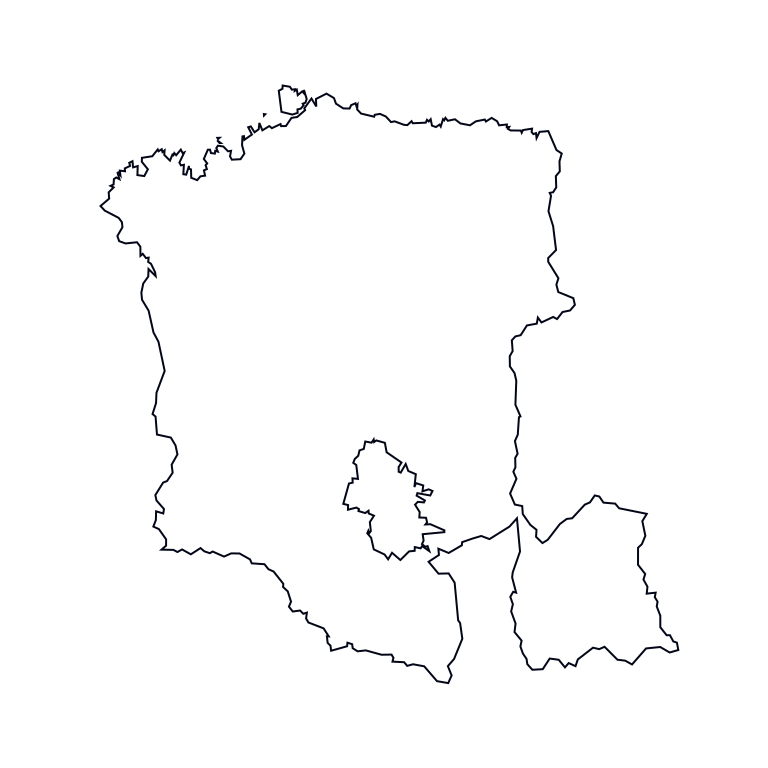 outline of Malang, Jawa Timur, Indonesia, rotated 173°
{"feature_id": "22746128B8866265958554", "entity_name": "Malang", "entity_type": "district", "adm_level": 2, "iso_a3": "IDN", "parent_name": "Indonesia", "parent_adm1": "Jawa Timur", "projection": "robinson", "projection_center": [112.621, -8.113], "detail": "fine", "context": "isolated", "style": "outline", "palette": "ink", "viewbox_px": 768, "rotation_deg": 173, "n_neighbors": 0, "source": "geoboundaries", "source_scale": "gbopen_adm2", "svg_char_len": 6142}
<svg xmlns="http://www.w3.org/2000/svg" viewBox="0 0 768 768"><g transform="rotate(173 384 384)"><path d="M179.5,591.1L184.3,595.2L190.1,615.0L198.9,615.3L202.6,609.5L202.6,614.5L205.3,613.8L206.8,616.1L205.9,619.4L215.1,619.1L216.7,616.6L217.3,618.9L227.3,620.2L229.9,622.1L228.4,623.9L230.9,623.9L230.4,626.6L238.2,626.7L239.7,631.0L244.7,635.0L250.9,632.1L251.7,634.2L260.8,633.5L267.1,630.3L276.4,633.3L281.3,638.1L288.6,637.5L290.6,640.7L292.1,638.4L293.1,639.7L296.3,632.6L297.2,634.7L301.1,632.7L304.9,634.6L305.4,641.1L307.6,639.1L309.1,641.0L310.7,638.3L323.7,639.3L324.6,641.5L329.3,638.1L332.8,638.9L341.4,643.4L345.1,643.1L349.6,649.3L355.1,652.6L360.4,652.3L361.2,650.5L373.8,655.2L377.2,659.8L376.3,664.5L377.5,663.2L378.0,666.1L382.6,664.8L384.6,661.6L390.8,662.5L397.5,668.1L398.8,673.9L405.7,679.2L416.8,675.2L417.4,667.7L421.2,676.2L429.5,667.3L428.9,665.4L437.6,659.6L443.4,659.4L449.9,652.0L454.7,652.5L455.0,654.6L464.1,651.6L466.4,654.0L473.8,650.6L475.9,658.3L477.3,652.1L481.8,649.6L484.8,655.9L487.5,655.4L484.7,647.7L492.8,643.4L492.8,647.1L494.3,647.0L495.8,638.2L494.5,629.7L499.0,624.6L507.7,625.2L509.1,628.7L507.4,634.1L510.5,634.0L514.5,639.3L519.8,640.8L521.7,638.6L520.6,634.9L523.1,636.0L523.8,633.3L527.6,634.3L528.1,637.8L530.3,638.0L535.4,629.3L532.6,624.5L534.4,622.9L533.6,618.9L536.7,618.0L536.2,612.6L540.9,612.5L544.6,609.1L550.2,612.2L549.4,620.5L551.4,621.5L551.0,624.2L554.8,615.9L557.6,616.7L555.9,626.0L558.9,625.7L560.1,628.7L554.0,638.2L555.7,637.7L557.1,641.4L562.4,636.4L564.0,638.8L565.7,635.8L565.5,638.4L569.2,631.8L574.2,638.2L573.3,642.6L575.6,641.2L576.0,644.1L579.4,642.5L580.0,644.4L586.2,638.3L596.7,638.0L597.3,634.1L592.2,625.9L596.6,619.6L603.3,621.4L601.9,630.3L606.6,629.6L606.5,635.8L609.9,634.6L609.4,631.4L615.0,629.6L615.1,626.7L620.2,628.0L620.2,623.3L622.0,626.4L622.7,626.1L621.6,619.5L624.6,621.6L627.1,620.3L628.1,615.0L631.3,614.0L628.4,612.1L633.9,607.8L634.2,601.5L643.7,595.2L640.0,590.1L627.1,581.2L624.4,576.5L624.5,571.5L630.6,563.4L629.5,558.1L623.4,555.0L611.9,554.8L609.1,550.0L610.1,540.9L607.6,542.6L604.9,538.0L602.2,538.1L603.2,533.9L600.6,531.7L597.6,522.9L597.5,518.9L603.7,526.8L604.9,519.4L610.7,513.1L613.7,504.2L613.9,497.1L608.7,485.5L606.5,463.2L602.7,453.4L600.1,423.7L610.9,403.0L612.6,392.8L617.4,382.4L614.7,379.5L615.5,361.5L602.1,356.8L598.4,348.4L597.6,339.3L604.6,329.8L604.6,321.7L611.2,314.1L615.2,313.1L624.5,301.6L624.0,296.1L617.6,286.7L618.9,282.4L625.7,285.4L627.0,276.8L630.3,270.6L625.1,267.4L619.2,256.4L620.0,250.1L625.0,246.7L613.2,245.0L609.5,242.4L604.6,244.4L596.5,238.5L586.1,243.5L582.7,239.8L577.5,237.3L574.5,238.6L563.8,232.2L556.3,234.5L548.1,233.4L538.4,226.3L537.1,222.1L524.6,219.7L521.3,214.3L516.4,211.3L508.3,198.0L508.9,194.8L504.8,189.9L502.8,179.3L505.5,174.6L502.3,169.3L494.9,169.4L492.1,165.8L488.4,166.5L489.9,160.8L488.1,156.5L473.7,148.8L469.6,140.2L471.4,140.5L471.5,133.9L469.0,130.8L469.0,125.7L452.6,128.2L451.8,131.7L447.3,129.6L447.3,125.6L442.8,121.9L434.5,121.8L419.5,115.6L409.5,114.5L408.0,111.1L409.4,107.4L397.9,105.4L395.3,101.4L389.4,102.3L378.5,98.9L367.6,82.6L356.7,79.3L352.4,86.5L355.0,96.2L348.0,102.5L337.3,121.6L337.6,137.5L339.2,140.4L338.1,178.2L342.9,188.1L353.0,189.1L361.4,202.1L350.3,207.6L350.1,213.9L340.4,208.4L326.4,214.4L325.7,217.5L315.0,219.8L306.0,221.3L298.2,217.2L276.8,227.2L268.4,234.5L269.4,201.2L279.2,181.3L280.4,176.5L278.3,160.8L281.1,162.0L284.6,157.3L282.9,149.8L285.5,142.8L282.6,130.2L284.7,121.9L278.7,112.5L280.6,106.9L279.0,99.6L276.0,93.7L275.9,88.5L271.6,82.3L261.2,81.6L253.0,91.3L244.2,89.0L238.9,80.7L234.7,84.5L228.3,80.6L225.2,87.0L208.7,96.8L202.7,94.6L197.1,96.3L185.9,81.9L178.3,80.0L172.0,75.4L156.1,89.6L141.9,89.3L133.2,82.7L124.3,84.1L124.8,91.6L128.2,93.2L130.8,99.8L134.1,100.2L139.4,108.9L138.0,120.3L140.4,130.0L139.0,134.6L141.2,139.4L139.8,143.8L148.8,143.9L147.2,150.7L150.3,158.3L147.9,163.6L153.9,173.6L151.8,190.5L147.6,193.6L143.1,201.5L144.3,216.4L139.0,223.1L165.8,232.0L169.1,237.1L180.6,239.5L184.0,246.1L188.4,247.7L194.0,241.4L199.4,239.8L213.6,227.8L219.1,227.8L226.5,223.6L240.5,209.4L246.1,206.8L251.7,213.8L250.4,220.7L255.9,226.3L262.1,238.0L261.7,246.0L268.8,248.4L272.2,259.9L264.1,273.8L266.3,281.1L263.7,285.4L262.8,294.6L259.9,298.5L261.0,311.4L257.4,317.4L254.1,334.6L252.5,335.2L256.1,347.4L252.3,371.1L253.1,378.9L256.9,386.1L255.8,396.3L252.3,401.0L251.8,411.8L247.8,415.2L242.4,415.8L235.0,424.7L225.0,425.3L223.2,431.2L220.2,425.9L208.0,429.9L204.3,427.4L198.0,433.7L190.4,434.3L184.9,439.3L185.6,446.1L199.8,454.0L200.8,461.6L198.0,467.7L206.1,485.3L205.7,489.0L196.9,496.0L196.9,520.1L199.7,535.4L195.3,550.4L196.2,553.5L192.8,553.7L189.1,558.1L188.1,569.4L183.6,573.6L182.7,583.6L179.5,591.1ZM351.7,267.7L364.2,271.6L365.2,269.2L357.6,263.4L358.8,261.6L364.8,262.9L367.9,260.4L364.2,252.6L365.2,247.2L358.6,246.1L358.1,241.4L360.0,239.5L355.1,239.2L341.9,231.4L342.2,229.6L363.9,230.2L363.8,223.7L365.8,220.5L362.8,217.3L360.5,217.8L359.4,212.6L365.9,218.5L367.7,216.4L373.3,218.4L373.9,214.7L379.5,214.8L389.2,207.3L396.6,215.5L401.3,209.5L404.2,214.7L414.3,221.1L415.5,232.9L418.8,237.9L417.4,240.3L416.8,237.8L415.0,239.6L414.9,248.6L410.0,254.5L414.9,257.3L414.8,260.1L418.4,258.2L424.8,261.0L424.1,262.9L426.5,264.7L435.1,263.6L434.4,268.2L439.0,270.0L430.9,289.5L427.1,289.9L426.8,294.2L421.4,293.0L421.4,307.0L424.1,309.5L422.1,313.2L418.3,315.9L416.4,321.1L412.0,322.0L409.6,329.2L403.5,327.3L401.0,330.2L400.9,327.6L398.5,328.9L390.3,325.5L389.7,315.9L376.2,303.9L379.6,299.8L380.1,295.1L378.2,294.0L372.2,302.0L370.5,294.7L363.4,290.6L366.4,278.0L364.3,281.7L357.4,278.5L358.9,272.8L352.5,274.0L348.9,271.9L351.7,267.7ZM442.1,662.6L436.7,663.6L436.4,667.1L433.1,667.4L429.8,670.5L430.5,672.1L427.7,672.8L426.0,676.3L427.6,685.6L428.1,682.4L429.5,684.4L434.4,681.2L434.7,686.9L436.9,685.8L436.5,687.4L439.6,687.4L441.2,690.5L448.2,692.6L448.8,689.4L452.7,687.9L452.6,666.6L442.1,662.6ZM519.9,646.2L517.9,643.2L516.7,643.1L519.9,646.2ZM469.0,666.2L470.3,666.6L470.4,665.1L469.0,666.2ZM519.4,648.6L518.9,647.3L517.3,648.4L519.4,648.6Z" fill="none" stroke="#020617" stroke-width="2"/></g></svg>